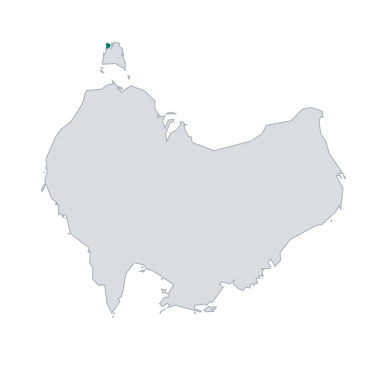 Tasman, Tasmania, Australia shown in context, rotated 189°
{"feature_id": "25037944B3196758006224", "entity_name": "Tasman", "entity_type": "district", "adm_level": 2, "iso_a3": "AUS", "parent_name": "Australia", "parent_adm1": "Tasmania", "projection": "orthographic", "projection_center": [147.839, -43.044], "detail": "fine", "context": "in_parent", "style": "filled", "palette": "teal", "viewbox_px": 384, "rotation_deg": 189, "n_neighbors": 0, "source": "geoboundaries", "source_scale": "gbopen_adm2", "svg_char_len": 5392}
<svg xmlns="http://www.w3.org/2000/svg" viewBox="0 0 384 384"><g transform="rotate(189 192 192)"><path d="M258.5,68.8L263.7,86.5L269.7,85.3L276.6,90.5L277.9,101.6L281.9,105.5L283.0,116.0L286.0,121.5L305.3,131.8L312.7,149.2L314.9,150.2L315.3,147.1L319.4,150.4L320.1,148.8L321.6,157.7L324.0,160.5L329.3,163.5L339.1,179.1L338.3,189.3L341.5,201.8L335.4,224.7L331.5,233.0L322.7,242.3L314.3,261.2L312.2,275.7L298.1,279.0L291.2,285.3L286.9,286.0L288.2,289.5L281.4,284.4L282.3,283.2L281.8,281.9L280.6,281.9L278.4,284.2L276.7,282.9L279.4,280.7L277.8,279.1L269.0,287.4L254.5,284.4L242.7,275.8L241.7,268.3L235.8,262.1L238.1,262.1L237.9,260.1L230.4,263.0L232.2,257.7L228.6,250.8L226.6,259.4L221.1,260.9L221.7,258.1L224.3,257.7L227.0,245.9L225.1,237.6L222.1,247.0L216.8,251.1L213.6,257.0L214.5,259.6L212.2,259.6L208.2,257.1L210.5,256.8L208.2,251.8L204.0,246.4L201.0,246.1L199.8,241.0L176.7,236.2L141.8,251.5L131.9,260.6L128.8,269.5L105.4,277.8L95.6,291.3L87.2,294.1L76.3,292.1L74.2,286.2L76.8,286.2L77.6,281.8L74.0,269.8L67.4,262.4L62.7,251.8L45.5,233.4L50.4,233.9L46.0,228.0L48.9,231.3L52.4,231.1L43.4,219.1L42.5,197.5L44.4,201.8L47.0,195.0L58.6,180.2L63.6,178.7L87.5,160.6L95.6,145.8L93.8,138.6L98.4,131.6L104.0,138.5L105.7,133.2L102.4,130.8L103.0,128.5L112.0,127.2L109.1,127.3L110.5,123.5L108.6,121.1L113.3,119.3L111.4,117.7L115.3,116.3L113.6,113.6L116.7,109.2L117.2,111.2L119.9,110.1L119.8,106.2L123.9,106.5L126.2,102.7L130.8,103.7L137.1,107.7L136.5,112.3L140.1,107.1L148.7,108.0L150.2,105.2L146.2,102.8L154.9,86.0L157.0,86.5L160.1,82.2L161.4,83.5L171.7,80.4L171.2,77.0L164.1,75.8L165.1,74.7L190.7,77.7L197.9,73.9L196.3,77.0L199.4,78.1L203.1,74.1L206.6,76.6L202.9,83.6L198.5,84.8L199.0,89.5L195.4,97.6L218.9,108.3L225.2,109.0L227.3,112.1L237.7,113.4L244.7,100.8L244.6,83.5L245.6,77.0L248.2,75.3L246.1,72.6L252.3,60.0L258.5,68.8ZM277.4,303.0L288.0,306.9L300.3,304.2L301.1,315.9L300.3,313.8L299.0,316.3L298.7,324.0L294.4,320.9L291.8,328.0L286.6,327.5L287.6,325.5L283.0,322.3L281.0,316.3L283.0,317.3L278.0,309.2L277.4,303.0ZM152.3,77.4L159.5,75.8L161.8,77.2L157.3,81.8L152.3,77.4ZM219.4,266.8L230.2,265.1L225.8,267.5L219.4,266.8ZM205.2,87.7L206.9,91.2L202.3,91.2L202.8,88.5L205.2,87.7ZM338.5,177.3L338.4,172.7L340.3,169.0L340.9,171.8L338.5,177.3ZM297.4,295.7L300.9,296.7L301.0,298.3L297.4,295.7ZM151.7,78.6L154.5,81.5L149.9,82.3L151.7,78.6ZM273.4,296.9L271.4,296.6L272.3,293.8L273.4,296.9ZM230.7,105.5L228.6,106.8L226.4,107.7L227.4,105.4L230.7,105.5ZM45.2,232.4L43.3,230.9L42.6,229.0L42.8,228.8L45.2,232.4ZM300.2,299.9L301.6,301.0L299.0,300.1L300.2,299.9ZM323.1,158.4L324.7,158.4L324.7,160.4L323.1,158.4ZM283.6,115.9L285.6,117.0L285.2,117.7L283.6,115.9ZM294.4,325.1L294.5,327.0L293.2,326.4L294.4,325.1ZM340.7,191.2L340.7,193.7L340.7,191.2ZM170.6,73.5L169.3,72.8L170.1,72.2L170.6,73.5ZM204.5,68.3L202.8,70.3L204.7,66.9L204.5,68.3ZM341.0,188.2L340.2,188.9L340.8,188.1L341.0,188.2ZM208.8,101.4L207.9,101.9L208.4,100.9L208.8,101.4ZM201.6,88.1L200.3,88.4L201.0,87.2L201.6,88.1ZM49.9,184.0L49.9,185.6L49.4,185.7L49.9,184.0ZM250.1,59.3L250.0,60.6L249.5,59.7L250.1,59.3ZM280.6,282.6L280.9,283.5L280.5,283.2L280.6,282.6ZM202.3,70.9L200.0,72.5L202.4,70.6L202.3,70.9ZM113.5,111.8L112.8,112.9L113.2,111.7L113.5,111.8ZM295.1,323.7L294.4,324.1L294.8,323.4L295.1,323.7ZM229.9,110.0L228.5,110.1L229.2,109.3L229.9,110.0ZM109.7,119.7L109.2,120.4L109.0,119.2L109.7,119.7ZM299.9,319.7L299.1,320.2L299.3,319.2L299.9,319.7ZM250.9,56.0L250.7,56.8L250.0,56.5L250.9,56.0ZM280.1,283.8L281.1,284.6L279.6,284.4L280.1,283.8ZM307.6,131.8L306.8,131.8L307.1,130.8L307.6,131.8ZM314.5,146.9L314.1,146.9L314.4,146.1L314.5,146.9ZM277.8,301.5L277.6,302.3L277.3,301.4L277.8,301.5Z" fill="#d9dde1" stroke="#a8b0b8" stroke-width="1"/><path d="M297.7,321.8L297.7,322.0L297.8,322.1L298.0,322.1L297.9,322.2L297.9,322.3L297.7,322.4L297.7,322.5L297.8,322.4L297.8,322.5L298.0,322.5L297.9,322.6L297.9,322.8L298.0,322.8L298.3,322.8L298.1,322.9L298.0,323.0L297.9,323.0L297.9,322.9L297.9,323.0L297.7,323.2L297.4,323.2L297.3,322.9L297.2,322.8L297.0,322.7L297.2,322.4L297.1,322.2L297.1,322.3L297.0,322.2L296.9,322.2L296.7,322.2L296.8,322.2L296.8,322.3L296.8,322.5L296.7,322.6L296.5,322.8L296.5,323.0L296.5,323.3L296.7,323.5L296.7,323.4L296.8,323.5L297.0,323.5L297.3,323.6L297.2,323.6L297.2,323.8L297.1,323.7L296.9,323.9L297.0,323.9L296.9,324.0L297.0,324.0L296.9,324.0L297.0,324.1L296.9,324.1L297.0,324.2L297.1,324.3L297.3,324.4L297.2,324.5L297.3,324.5L297.5,324.5L297.6,324.8L297.6,324.7L297.7,324.4L297.7,324.5L297.7,324.4L297.8,324.4L298.0,324.4L298.0,324.5L298.0,324.4L298.0,324.5L298.1,324.4L297.9,324.2L298.0,324.2L297.9,324.0L298.0,323.9L297.9,323.9L298.0,323.8L297.9,323.8L297.9,323.7L298.0,323.8L297.9,323.7L298.0,323.6L298.0,323.8L298.1,323.7L298.2,323.9L298.2,324.0L298.2,324.3L298.3,324.3L298.5,324.4L298.5,324.5L298.8,324.6L298.7,324.4L298.7,324.1L298.8,324.0L298.8,323.9L298.7,323.8L298.7,323.7L298.6,323.4L298.6,323.2L298.4,322.9L298.5,322.7L298.5,322.8L298.5,322.7L298.8,322.5L298.8,322.4L298.8,322.2L298.9,321.9L298.8,321.7L298.7,321.7L298.4,321.6L298.4,321.4L298.2,321.3L298.1,321.5L298.3,321.7L298.3,321.8L298.2,321.8L298.3,321.8L298.2,321.8L298.1,321.7L298.1,321.8L297.9,321.7L297.8,321.8L297.7,321.8ZM298.8,324.7L298.8,324.8L298.9,324.7L298.8,324.7ZM296.6,322.3L296.6,322.2L296.6,322.3ZM297.5,322.2L297.5,322.3L297.5,322.2L297.5,322.2ZM297.7,322.3L297.8,322.3L297.7,322.3Z" fill="#14b8a6" stroke="#0f766e" stroke-width="1.5"/></g></svg>